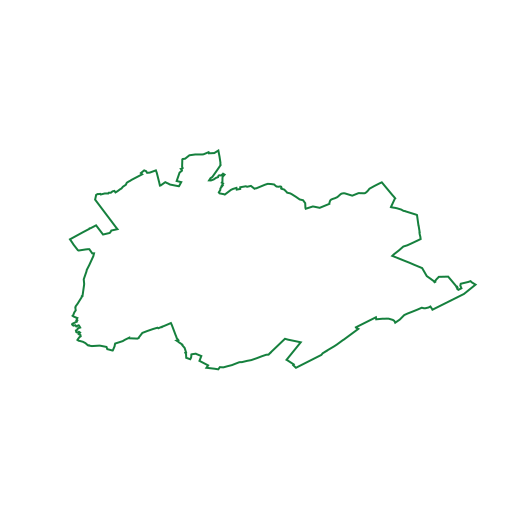 Zemītes pag., Kandavas, Latvia, rotated 340°
{"feature_id": "27541924B24941792791033", "entity_name": "Zemītes pag.", "entity_type": "district", "adm_level": 2, "iso_a3": "LVA", "parent_name": "Latvia", "parent_adm1": "Kandavas", "projection": "equal_earth", "projection_center": [22.809, 56.907], "detail": "fine", "context": "isolated", "style": "outline", "palette": "green", "viewbox_px": 512, "rotation_deg": 340, "n_neighbors": 0, "source": "geoboundaries", "source_scale": "gbopen_adm2", "svg_char_len": 5847}
<svg xmlns="http://www.w3.org/2000/svg" viewBox="0 0 512 512"><g transform="rotate(340 256 256)"><path d="M124.1,148.0L134.0,180.4L135.0,183.4L128.8,182.6L126.9,184.1L126.3,184.3L119.6,183.5L116.2,172.5L110.2,173.3L109.4,173.3L109.0,173.1L108.3,173.6L107.9,173.6L101.3,174.5L86.9,176.7L88.3,182.2L88.3,182.5L90.6,189.6L91.2,190.2L98.3,191.6L100.3,192.1L101.7,192.6L103.0,197.5L104.7,198.1L104.3,198.7L103.1,200.5L96.1,207.6L92.1,211.3L91.9,211.8L91.1,212.9L86.3,218.8L86.2,218.9L86.1,219.2L85.0,223.4L84.5,224.5L79.3,234.2L79.1,234.1L78.6,234.1L78.1,235.1L75.1,237.4L72.2,239.7L69.2,241.7L69.0,242.3L68.6,242.6L68.0,245.4L65.9,246.9L64.0,249.1L63.2,249.5L63.6,250.1L64.2,250.8L66.9,253.2L65.9,254.0L65.9,254.6L66.1,255.1L65.1,255.3L65.2,256.4L60.2,256.9L59.8,257.4L60.0,258.1L60.6,259.0L62.6,259.3L63.0,260.7L63.3,260.7L63.9,260.6L65.5,260.4L65.7,260.5L65.8,260.6L66.1,261.9L66.3,263.1L65.5,263.1L64.9,263.0L63.7,263.1L63.0,264.1L62.7,264.2L61.3,264.4L61.2,265.3L61.1,266.0L61.4,266.4L62.0,266.8L63.7,266.7L64.5,267.8L63.0,268.7L62.7,268.8L62.8,269.0L64.0,270.2L63.8,271.5L63.5,271.6L62.5,271.8L61.0,272.7L59.5,273.8L60.3,274.9L61.4,275.6L61.7,275.8L64.0,277.4L65.9,279.5L67.5,282.4L67.8,282.5L67.7,282.6L67.8,282.7L70.9,284.5L77.0,286.3L78.6,286.8L84.4,290.3L84.4,292.7L85.2,293.2L88.6,295.6L89.0,295.8L89.4,295.5L92.3,292.4L92.7,291.6L93.7,290.1L101.7,290.4L104.1,289.9L108.0,289.5L107.9,289.6L116.4,293.1L117.7,292.9L117.7,292.7L122.9,289.4L128.1,289.3L134.4,289.4L138.9,289.7L139.5,290.5L143.6,290.3L143.6,290.5L143.9,290.4L148.1,290.2L153.1,289.9L153.3,292.2L153.4,302.6L153.5,304.1L153.4,305.9L154.2,308.4L152.4,308.3L153.6,309.9L153.9,310.5L156.5,314.1L156.2,314.6L157.5,317.9L157.3,322.8L156.5,322.8L156.7,324.3L155.6,327.8L158.9,330.5L159.8,329.7L160.6,328.7L161.6,326.4L162.2,326.4L166.0,327.2L166.2,327.5L170.4,331.3L167.0,335.2L173.6,342.4L171.2,344.1L178.4,347.7L181.8,349.6L184.0,348.1L187.3,349.5L191.2,349.8L196.2,350.3L199.0,350.2L204.1,350.1L206.4,350.9L211.8,351.5L215.9,352.2L221.9,352.3L227.3,352.2L231.9,352.3L234.1,353.0L234.4,352.8L236.3,352.0L236.2,351.9L254.9,343.7L257.4,345.5L259.5,346.8L263.9,349.5L268.5,352.4L249.2,364.0L249.8,364.7L254.4,370.8L253.6,371.3L255.3,374.7L283.6,371.3L285.4,370.2L289.2,369.5L289.1,369.4L292.1,368.8L298.6,367.6L301.6,366.9L308.8,364.8L309.9,364.6L327.2,359.5L326.1,358.3L325.4,357.3L325.4,357.2L347.7,354.6L347.3,356.6L353.0,358.1L357.4,359.6L357.6,359.6L357.9,359.8L359.1,360.2L359.4,360.4L362.8,362.9L363.0,363.3L363.7,364.1L363.9,365.1L364.0,366.3L369.4,364.9L375.1,362.2L378.7,361.9L383.6,361.8L389.4,361.6L394.1,361.3L396.0,362.6L397.1,363.0L400.6,363.4L402.6,363.1L403.5,366.7L403.5,366.8L438.4,362.8L452.5,358.0L449.7,354.5L449.0,353.0L446.6,353.0L438.9,352.1L437.9,353.6L438.0,356.6L434.6,357.0L433.9,355.8L434.6,354.7L434.5,354.0L434.5,353.9L433.8,354.0L433.7,352.9L433.8,352.9L431.4,346.2L429.5,341.1L420.6,338.1L419.2,338.9L418.4,339.2L416.1,340.5L415.7,341.6L414.8,341.7L414.5,340.6L413.8,339.4L412.8,338.0L412.6,337.6L409.6,333.3L408.0,324.2L402.0,318.7L398.1,315.0L393.7,311.1L384.1,302.5L386.1,301.6L392.0,299.7L397.7,297.5L401.7,297.7L405.8,297.4L416.5,296.4L417.0,294.2L417.3,291.3L417.7,289.7L417.9,289.7L419.2,283.0L419.1,282.9L421.3,272.6L420.6,271.9L411.8,265.2L411.7,265.0L410.0,264.0L408.3,262.0L404.7,259.3L403.7,258.7L403.3,258.4L401.8,257.6L399.7,256.4L399.5,256.2L406.2,249.5L406.5,249.4L405.9,247.6L405.0,245.4L399.4,229.8L397.0,230.0L391.2,230.7L386.1,231.5L385.6,231.6L383.5,232.9L381.8,233.7L380.5,234.1L379.9,234.2L379.2,234.1L373.9,232.0L373.6,232.0L367.7,232.2L367.1,232.2L366.4,231.7L361.0,227.6L360.1,227.1L358.2,226.7L357.3,226.7L356.0,227.1L353.6,228.1L352.4,228.5L350.0,228.7L347.6,228.6L345.9,228.7L345.5,228.9L345.1,229.0L344.6,229.4L344.2,229.8L343.4,230.9L342.9,231.6L342.8,232.1L332.7,232.5L332.3,232.5L328.1,229.9L326.4,228.9L318.9,228.6L318.9,227.7L320.3,223.2L319.3,219.7L316.4,217.8L313.8,214.1L310.7,210.1L309.5,208.8L307.6,207.6L307.2,207.3L306.9,207.1L306.7,206.4L305.4,203.6L305.2,203.2L304.3,202.5L303.2,201.8L302.7,201.3L302.7,201.1L303.4,200.3L303.3,199.5L302.5,198.9L302.0,198.8L301.0,198.7L299.0,197.7L298.9,197.5L298.5,196.9L298.1,196.2L297.5,195.0L294.9,193.6L291.7,192.2L288.8,192.1L284.0,192.3L279.5,192.5L278.2,192.2L277.6,192.3L275.2,188.4L271.3,187.9L270.3,187.0L264.7,186.0L264.1,187.6L260.6,187.0L260.9,185.3L257.2,185.1L255.1,185.3L247.7,187.6L246.8,186.8L246.7,186.8L243.2,184.7L242.8,183.5L245.0,181.8L245.6,180.4L246.0,180.1L246.8,179.6L248.5,178.5L247.9,178.2L249.9,176.6L248.9,175.4L249.9,174.6L250.2,173.8L250.9,171.9L251.6,170.4L251.8,170.1L254.3,168.8L253.2,167.4L252.5,167.8L251.7,168.0L251.1,168.4L250.6,168.3L249.3,167.7L248.7,167.6L248.1,167.9L247.6,168.4L247.3,168.9L245.1,168.9L242.4,169.6L239.4,169.6L239.1,169.4L237.8,168.9L239.9,167.3L242.0,166.8L248.9,162.0L253.9,158.4L253.8,157.8L254.5,156.1L255.7,150.2L256.7,144.0L252.0,145.0L246.9,143.4L247.1,142.5L247.8,142.2L247.6,142.2L241.4,142.5L241.2,142.4L240.2,142.2L233.6,139.8L228.0,138.6L227.8,138.6L222.7,140.3L220.2,139.8L219.8,140.0L217.1,146.8L217.1,147.2L217.2,148.1L217.1,148.4L216.7,148.5L215.2,148.5L215.6,149.5L215.7,150.2L215.6,150.5L212.7,151.5L207.1,158.4L211.0,161.0L207.5,164.1L207.4,164.1L199.9,159.6L199.5,159.3L198.0,157.6L197.1,156.8L196.4,156.0L196.0,155.6L190.5,157.1L189.8,157.0L189.9,156.2L190.2,153.8L191.2,144.0L191.2,142.6L191.2,141.3L185.3,141.3L184.7,141.3L182.1,140.6L182.0,140.4L181.8,138.8L180.2,137.3L176.2,138.7L177.0,140.3L165.0,141.9L163.5,142.3L162.4,142.4L160.3,142.8L159.9,142.9L159.5,143.1L159.0,143.5L158.3,144.4L157.9,144.6L154.6,145.4L152.6,146.6L151.5,146.7L148.5,147.6L146.8,148.0L145.7,148.2L145.2,146.4L143.3,146.2L141.2,146.9L140.2,146.5L139.2,146.2L138.6,146.7L135.2,145.5L131.2,145.1L131.0,144.4L128.7,143.8L128.3,143.6L126.7,143.9L124.1,148.0Z" fill="none" stroke="#15803d" stroke-width="2"/></g></svg>